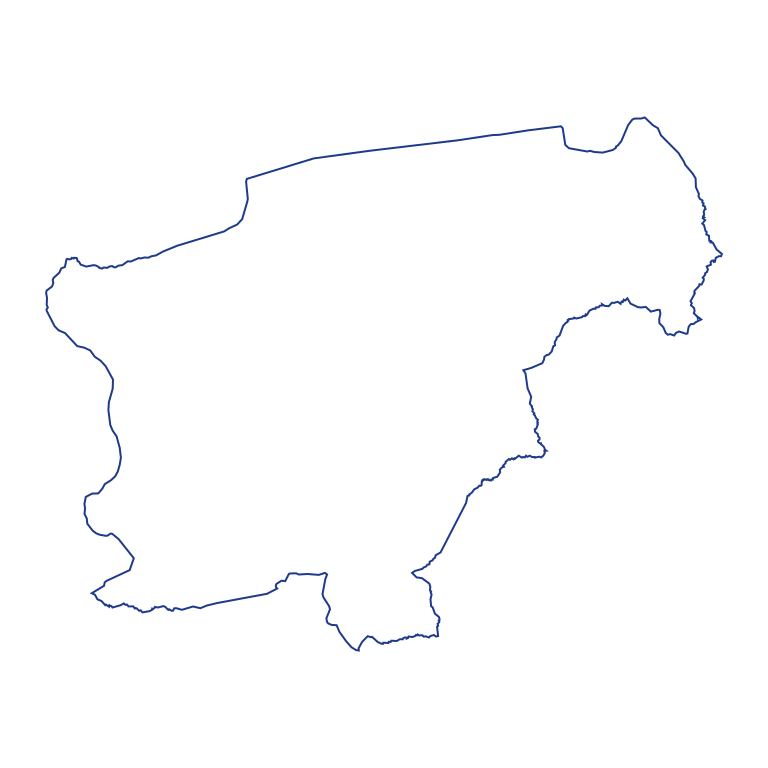 the district of Sawla-tuna-kalba, Northern, Ghana
{"feature_id": "2480657B66384530229883", "entity_name": "Sawla-tuna-kalba", "entity_type": "district", "adm_level": 2, "iso_a3": "GHA", "parent_name": "Ghana", "parent_adm1": "Northern", "projection": "orthographic", "projection_center": [-2.328, 9.481], "detail": "fine", "context": "isolated", "style": "outline", "palette": "blue", "viewbox_px": 768, "rotation_deg": 0, "n_neighbors": 0, "source": "geoboundaries", "source_scale": "gbopen_adm2", "svg_char_len": 6076}
<svg xmlns="http://www.w3.org/2000/svg" viewBox="0 0 768 768"><path d="M313.8,158.4L246.8,178.9L246.1,181.8L247.8,198.9L247.3,201.5L242.2,219.1L237.1,224.6L229.2,228.2L224.2,231.4L177.0,245.8L162.9,251.6L156.0,255.4L151.3,256.3L148.4,257.7L144.4,257.5L140.5,258.5L139.0,258.0L130.8,261.5L127.7,261.3L122.4,265.1L118.3,265.7L115.9,267.2L114.0,267.3L112.3,266.1L109.3,266.5L107.5,267.8L103.6,267.5L102.2,268.5L99.3,268.0L98.8,267.0L95.6,265.4L93.2,265.2L86.3,266.6L80.7,264.6L78.9,261.6L77.7,261.3L76.7,258.0L73.9,257.8L73.6,258.5L71.7,257.9L71.2,258.9L69.6,259.4L67.1,258.9L66.5,259.4L64.9,267.0L61.2,268.4L59.4,272.6L53.6,277.9L52.7,280.1L53.3,283.1L52.0,286.5L46.7,290.5L46.1,292.7L47.0,297.9L46.7,304.9L47.8,307.5L46.5,309.5L46.7,310.8L54.6,326.2L58.6,330.3L65.1,333.1L77.2,346.1L84.4,347.7L90.3,350.5L94.8,356.8L100.5,360.6L105.6,366.1L113.0,379.6L112.7,388.7L108.9,402.1L108.4,410.1L110.3,425.1L112.7,430.7L116.6,436.4L119.7,447.8L120.9,457.7L119.7,464.8L117.8,471.5L115.2,476.3L111.0,480.2L104.8,484.1L102.3,488.7L98.3,493.4L92.1,493.6L85.8,496.9L84.4,504.0L85.1,508.3L84.5,513.8L86.8,518.6L87.3,523.7L92.6,530.6L96.3,533.4L99.9,534.8L105.9,535.8L107.6,535.6L110.5,533.6L112.2,533.8L118.5,539.0L133.8,558.2L129.7,570.1L106.7,580.8L104.8,582.2L104.0,585.8L91.8,593.2L95.0,594.8L97.4,599.3L101.5,601.0L105.1,605.1L105.7,604.5L108.6,606.4L108.4,605.5L109.3,605.2L109.4,605.9L111.5,606.1L112.5,607.5L120.7,605.2L123.8,603.4L125.2,604.8L126.9,604.5L128.5,606.4L133.3,606.4L134.8,608.5L135.7,608.0L136.8,608.5L139.2,610.8L140.7,610.3L142.4,612.4L149.3,611.2L151.9,610.0L152.2,608.6L153.0,609.0L154.5,608.0L154.9,606.9L157.9,607.5L163.4,606.1L165.3,606.9L167.9,609.6L168.7,609.9L169.1,609.3L171.7,610.8L173.0,610.7L174.3,608.3L176.3,608.2L181.9,609.8L193.0,606.5L200.4,608.2L206.6,605.6L216.9,603.1L267.0,593.8L277.2,588.5L276.0,587.1L275.8,585.2L276.5,583.9L281.5,580.7L285.2,581.1L288.9,573.9L290.0,573.5L296.1,573.3L298.7,574.5L307.8,574.0L318.8,574.9L324.9,572.9L327.1,574.5L325.3,579.2L322.5,594.1L323.4,597.3L329.2,606.3L330.0,609.3L326.4,618.3L327.0,621.9L328.2,623.4L331.5,624.9L336.6,625.2L339.4,631.8L346.2,641.3L351.4,647.2L356.1,650.1L358.8,650.5L358.6,648.3L362.1,641.9L367.7,636.2L371.0,637.2L372.0,636.8L377.7,642.0L381.7,643.8L383.0,643.8L383.4,642.7L388.4,643.0L388.8,641.8L390.7,641.9L391.3,640.7L396.7,641.0L399.9,639.2L402.7,639.3L403.2,638.2L405.0,637.4L406.9,637.7L406.8,638.5L408.0,638.0L408.6,636.5L412.3,637.0L414.9,636.2L415.9,635.0L417.0,635.4L417.6,634.5L419.1,635.4L422.4,635.3L423.8,636.7L425.6,636.3L429.0,637.5L430.4,636.0L434.0,635.0L435.9,636.5L438.1,636.1L437.1,626.7L438.1,625.8L437.6,623.9L439.1,622.3L439.4,621.1L438.7,620.6L439.6,619.1L438.8,616.8L435.0,613.8L432.6,607.3L431.1,606.2L430.5,599.3L431.6,594.5L430.7,592.7L431.1,591.4L430.0,590.5L430.3,586.7L429.3,583.6L421.9,578.1L416.6,577.4L412.1,572.9L414.8,571.0L422.5,568.8L423.3,567.7L426.1,566.4L427.4,564.7L429.4,564.3L429.7,561.7L432.6,560.3L433.2,559.0L435.0,557.7L435.7,555.2L440.5,552.5L466.1,502.9L467.5,496.0L469.3,495.4L469.3,494.4L471.6,492.9L474.3,489.3L477.7,487.6L479.3,485.7L480.8,485.8L481.6,485.0L481.8,481.3L482.7,479.7L483.5,479.5L483.6,480.1L484.7,479.2L486.6,480.0L487.2,479.2L488.4,479.3L488.6,480.1L490.9,480.5L491.2,479.6L492.7,479.7L493.1,478.0L497.3,476.7L500.1,472.4L499.8,469.6L502.5,467.0L503.9,466.8L503.1,465.6L505.5,463.2L505.6,461.9L508.9,459.0L510.0,459.8L511.9,458.3L513.4,459.3L514.3,458.4L514.8,458.9L518.8,455.7L521.8,457.6L523.2,457.0L524.9,457.4L526.0,455.7L527.4,456.8L529.7,455.7L532.2,457.1L534.7,457.0L534.9,457.6L539.2,456.7L541.2,457.4L543.3,455.7L544.8,453.0L544.4,450.9L546.3,450.7L545.0,449.7L543.9,446.9L541.0,444.2L541.0,443.4L540.1,443.5L538.2,441.9L538.0,440.7L539.5,439.4L539.6,437.7L538.3,436.6L537.7,434.0L535.1,431.8L534.8,429.3L536.2,428.7L537.8,424.6L537.3,423.9L538.0,422.7L537.2,421.6L537.9,419.8L536.1,418.2L534.7,415.0L533.8,414.5L534.3,413.3L532.4,411.3L532.9,409.2L531.8,407.5L532.0,406.4L529.8,403.7L531.2,396.8L527.6,388.4L525.5,373.5L523.4,370.2L531.0,368.0L542.3,363.2L544.0,359.6L544.4,356.8L546.6,355.1L548.6,354.7L551.7,351.5L553.3,346.3L555.0,345.4L554.7,342.1L556.6,339.0L556.7,337.5L559.5,335.6L563.2,325.7L566.1,322.6L567.4,322.1L567.7,320.2L568.4,320.4L568.7,319.2L573.9,318.4L574.2,317.6L576.3,318.5L582.0,317.2L582.7,316.1L584.9,316.1L585.6,314.6L586.2,315.4L586.9,314.9L589.5,310.6L593.5,308.7L595.5,308.8L595.8,307.5L598.7,307.2L599.7,305.8L602.4,305.4L602.1,304.2L604.8,305.9L608.7,306.2L611.9,302.7L614.0,302.9L617.7,301.8L620.6,303.8L620.8,302.5L622.6,302.0L622.3,301.3L623.5,300.9L623.8,299.7L625.3,300.5L627.4,298.3L630.5,303.6L637.8,307.1L641.0,307.5L645.7,306.9L650.9,311.6L657.9,309.8L659.7,310.0L660.4,313.9L659.2,319.1L659.4,323.2L663.3,327.2L665.7,332.9L667.8,334.7L670.1,334.1L674.1,335.5L676.1,332.8L679.1,331.5L686.1,333.8L687.4,333.5L688.7,326.7L690.7,324.2L693.7,323.9L695.5,322.3L701.2,319.5L698.6,317.4L697.8,318.4L697.4,316.7L693.8,313.2L694.6,311.0L694.1,308.1L690.9,305.2L691.8,303.1L690.5,301.3L694.9,293.2L694.3,292.7L694.5,290.8L699.2,285.9L699.4,284.3L701.6,284.5L703.7,280.4L703.8,278.8L702.7,277.7L705.1,274.8L705.2,273.2L706.9,272.1L707.9,269.4L706.7,266.4L710.9,264.7L710.6,262.0L711.9,260.7L713.2,260.5L713.8,262.0L714.9,261.7L715.8,257.8L718.9,256.2L721.1,256.2L721.9,253.9L716.6,249.5L712.9,242.8L710.8,242.4L711.5,241.6L711.0,241.0L709.3,240.8L708.9,235.7L706.3,234.4L706.7,232.0L705.5,230.9L704.0,225.1L702.3,223.6L705.2,220.1L702.7,218.2L703.1,217.0L703.9,217.0L703.1,216.2L704.2,214.8L703.7,211.8L704.8,209.2L705.5,209.1L704.8,206.4L703.0,205.6L703.6,203.4L702.3,202.5L702.5,200.5L699.8,198.8L698.5,196.2L698.9,194.0L695.9,187.2L695.6,178.4L692.5,173.4L685.2,164.8L684.0,161.8L678.4,152.9L660.9,135.3L657.9,128.2L653.0,125.3L644.8,117.5L641.2,118.5L634.3,118.6L632.2,119.7L628.1,125.2L621.3,141.2L617.6,145.7L616.1,146.4L615.9,147.8L612.8,150.0L602.6,152.6L594.3,152.0L590.0,150.8L587.2,151.5L568.9,148.2L565.3,144.9L562.7,128.2L560.9,126.3L527.8,130.4L499.4,134.8L492.4,135.1L457.8,140.3L369.5,150.8L313.8,158.4Z" fill="none" stroke="#1e3a8a" stroke-width="2"/></svg>